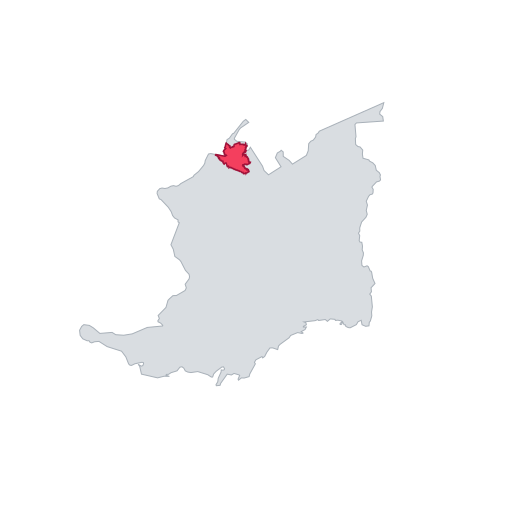 Puerto Colombia, Guainía, Colombia (highlighted), rotated 237°
{"feature_id": "7082276B8590395772901", "entity_name": "Puerto Colombia", "entity_type": "district", "adm_level": 2, "iso_a3": "COL", "parent_name": "Colombia", "parent_adm1": "Guainía", "projection": "natural_earth1", "projection_center": [-68.335, 2.492], "detail": "fine", "context": "in_parent", "style": "filled", "palette": "rose", "viewbox_px": 512, "rotation_deg": 237, "n_neighbors": 0, "source": "geoboundaries", "source_scale": "gbopen_adm2", "svg_char_len": 8906}
<svg xmlns="http://www.w3.org/2000/svg" viewBox="0 0 512 512"><g transform="rotate(237 256 256)"><path d="M288.6,78.4L284.4,80.4L276.1,82.9L270.3,93.7L266.4,95.5L261.6,101.9L258.1,109.8L255.3,125.9L248.2,139.5L248.7,140.1L251.6,139.5L254.2,138.0L255.2,138.5L256.2,140.9L259.4,141.5L261.9,152.5L266.8,158.1L267.3,160.3L268.0,164.8L266.2,167.6L265.7,177.7L267.2,180.2L270.9,181.2L273.3,187.5L274.8,189.0L277.1,189.9L282.4,189.0L292.1,190.0L294.4,189.8L299.8,187.7L306.7,190.3L311.8,190.8L325.7,209.8L327.1,209.2L328.8,210.3L332.3,208.4L335.3,208.1L339.3,209.0L344.5,209.0L355.0,207.1L356.6,206.0L362.3,207.1L364.0,208.5L364.9,212.0L364.2,214.2L362.2,216.4L361.1,219.2L360.9,222.7L359.9,225.2L358.0,226.9L357.3,229.3L357.7,232.4L356.7,246.7L357.5,247.9L358.1,253.8L360.5,261.4L361.7,263.6L363.7,265.4L367.4,271.7L366.6,273.8L357.1,283.7L356.6,285.9L358.4,285.0L361.4,285.9L362.4,288.3L369.4,295.1L369.3,297.8L371.3,302.9L371.0,304.1L375.9,318.7L376.1,321.8L372.0,322.7L371.8,312.9L371.2,310.8L366.6,302.1L365.7,301.4L362.6,302.4L357.5,308.9L355.1,309.8L353.2,308.9L351.3,305.1L350.0,304.4L348.8,307.6L350.3,310.5L327.8,310.4L323.3,309.3L317.3,310.7L317.2,325.6L327.9,325.8L330.8,330.0L330.6,333.5L331.0,334.7L328.5,335.5L324.7,333.1L318.1,335.9L313.2,336.6L312.9,353.0L315.8,357.1L321.5,361.4L322.4,364.4L322.0,367.2L323.3,370.8L325.2,372.6L325.2,374.8L326.2,377.1L315.0,446.7L311.0,442.4L309.6,438.6L307.6,437.0L303.9,438.2L299.8,436.3L312.9,412.7L312.4,410.6L301.5,404.8L300.4,403.3L295.2,400.3L292.3,401.1L290.7,402.7L286.7,403.2L283.5,400.7L279.7,399.0L275.1,403.0L273.7,402.9L270.5,404.7L267.0,405.3L262.4,403.6L258.8,404.8L256.2,404.5L255.2,403.3L252.0,401.9L251.6,400.3L252.5,397.4L251.1,391.6L250.6,390.7L248.1,390.6L245.2,388.5L244.6,387.3L245.3,384.9L244.7,382.9L241.9,378.3L238.0,377.2L234.2,373.3L230.4,372.0L228.6,369.3L227.0,363.1L223.1,358.3L220.3,356.6L219.4,354.4L216.6,354.1L212.7,350.9L211.0,350.8L209.9,352.2L206.3,350.7L203.3,348.4L200.1,347.8L198.1,346.3L194.4,341.9L190.4,339.7L188.0,340.5L187.3,343.8L185.9,344.4L181.3,343.6L180.5,344.3L179.3,344.1L173.7,341.7L168.1,340.8L166.7,335.2L163.1,333.3L162.1,330.6L159.6,330.9L150.0,325.9L146.1,322.4L142.7,320.5L139.2,316.5L138.7,314.9L135.9,312.7L137.3,309.7L140.6,307.5L144.8,309.2L145.3,305.8L143.8,302.8L144.5,295.9L145.7,294.4L148.0,293.0L149.5,293.5L150.4,292.4L153.9,292.9L154.9,292.4L157.6,289.7L158.7,287.5L159.9,287.7L162.8,284.0L162.3,280.3L165.0,279.5L167.8,273.4L169.0,273.2L169.6,270.3L174.6,260.3L172.8,261.5L170.9,260.8L171.2,257.4L170.6,257.0L169.0,259.6L167.6,257.0L168.0,252.7L165.8,253.5L165.9,252.5L169.1,249.2L170.5,241.8L169.4,239.2L168.8,228.1L168.3,225.9L165.7,223.2L169.8,220.0L171.3,217.6L169.4,212.7L167.0,208.5L166.9,206.1L168.4,206.3L169.0,199.4L167.7,196.8L165.9,196.7L160.5,186.6L158.6,184.5L160.1,179.6L161.7,177.4L161.4,173.7L162.5,173.9L164.8,177.3L165.8,176.8L169.5,173.6L169.6,170.6L172.6,167.5L168.5,157.1L167.1,155.4L168.8,152.1L169.8,152.3L171.4,155.5L174.0,157.7L177.7,163.5L179.4,164.8L178.2,166.1L177.9,167.4L178.5,168.2L180.7,168.4L181.5,166.8L181.0,159.7L180.1,156.2L178.1,153.7L178.8,152.6L182.7,150.9L190.8,144.2L193.7,137.9L195.8,135.6L198.2,134.1L201.2,134.4L203.4,133.6L204.2,131.6L202.7,127.2L204.4,121.2L204.4,118.2L205.5,116.4L205.1,115.6L202.2,117.8L205.2,113.5L207.4,107.1L219.3,95.6L226.9,98.4L229.4,98.2L226.2,99.7L225.7,101.3L226.8,103.0L228.0,103.5L229.0,102.4L231.6,95.7L232.0,92.1L233.1,90.8L234.8,90.4L242.3,91.9L249.4,91.4L261.1,81.8L269.9,77.8L272.0,73.9L272.6,70.9L274.2,69.8L275.9,69.8L276.9,68.2L280.9,65.6L285.2,65.3L289.8,67.6L291.9,71.5L292.2,74.2L288.6,78.4ZM154.0,291.7L153.5,292.2L152.4,291.3L152.1,290.1L152.7,289.3L153.5,289.6L154.0,291.7Z" fill="#d9dde1" stroke="#a8b0b8" stroke-width="1"/><path d="M330.5,295.5L330.5,295.9L330.7,296.0L330.8,296.2L331.0,296.1L331.4,296.2L331.5,296.2L331.6,296.3L331.9,296.2L332.1,296.3L332.1,296.5L332.8,296.6L333.0,296.4L333.0,296.0L333.3,296.1L333.5,296.1L333.4,295.9L333.9,295.9L334.0,295.5L333.9,295.3L334.2,295.4L334.3,295.1L334.6,295.2L334.6,294.9L334.7,295.1L334.8,295.1L334.9,294.9L335.1,294.9L335.3,294.5L335.7,294.6L335.8,294.8L336.0,294.7L336.1,294.8L336.4,294.8L336.5,294.6L336.4,294.4L336.5,294.4L336.6,294.6L336.8,294.6L337.2,294.5L337.5,294.6L337.7,295.0L338.0,294.6L337.9,294.4L338.1,294.3L338.5,294.1L338.8,294.8L339.3,294.6L339.5,294.4L339.7,294.7L339.6,294.9L339.4,295.0L339.2,295.6L339.3,296.4L338.9,296.9L338.8,297.1L338.4,297.8L338.1,298.0L337.9,297.9L337.8,298.1L337.5,298.0L337.4,298.1L337.4,299.4L337.2,299.9L337.2,300.5L337.0,301.1L337.4,302.0L337.7,302.4L337.8,302.3L337.8,302.1L338.1,302.0L338.1,301.8L338.2,301.7L338.3,301.4L338.4,301.5L338.7,301.3L338.8,301.4L338.9,301.5L339.0,301.5L339.8,301.3L340.1,301.6L340.1,302.0L340.4,302.1L340.5,302.2L341.0,302.2L341.2,302.3L341.6,302.1L341.8,302.5L342.1,302.3L342.7,302.6L342.9,302.5L343.2,302.6L343.3,302.5L343.6,302.6L343.8,302.5L344.0,302.2L344.1,302.4L344.6,302.2L344.6,302.4L345.3,302.1L345.3,302.3L345.5,302.3L345.6,302.2L345.6,301.9L345.7,302.0L345.8,301.8L345.9,302.0L346.0,302.0L346.1,302.3L346.1,302.1L346.3,302.3L346.3,302.2L346.5,302.2L346.4,302.3L346.6,302.2L346.8,302.1L346.9,302.3L347.4,301.9L347.5,301.5L347.3,301.3L347.6,301.2L347.5,300.8L347.8,300.3L347.7,299.9L347.8,300.0L348.2,299.9L348.7,300.2L349.0,300.6L349.2,301.3L349.4,301.6L349.2,302.1L349.1,302.8L348.8,303.2L348.9,303.9L349.2,304.4L349.6,304.8L349.6,304.5L349.8,304.4L349.9,304.0L349.9,303.2L350.0,303.2L350.2,304.5L350.4,304.6L350.5,304.9L350.9,304.7L351.1,304.7L351.3,305.0L351.2,305.1L351.7,305.7L351.8,306.1L352.0,306.4L352.4,306.6L352.6,306.5L352.6,306.8L352.8,306.9L352.8,307.1L352.9,307.3L353.0,307.3L352.9,307.6L353.1,307.8L353.1,308.0L353.2,308.4L353.5,308.3L353.4,308.2L353.5,307.9L353.9,307.6L354.4,308.0L354.6,307.9L355.7,308.5L355.8,308.5L355.4,308.2L355.5,308.0L355.4,307.3L355.6,307.2L355.4,306.8L355.4,306.5L355.6,306.4L355.9,306.6L356.1,306.5L356.2,306.3L356.4,306.3L356.4,305.8L356.9,305.5L357.1,305.5L357.3,305.0L357.5,304.8L357.5,304.7L357.6,304.4L357.8,304.3L357.8,304.2L358.0,304.1L358.1,303.9L358.3,303.8L358.3,303.3L358.7,303.4L358.9,303.3L359.0,303.4L359.1,303.5L359.2,303.8L359.4,303.9L359.4,303.7L359.5,303.9L359.9,304.1L360.4,303.7L360.4,303.0L360.5,302.7L360.4,302.3L360.6,302.1L360.6,301.8L360.8,301.0L360.9,300.8L361.0,300.4L360.9,300.3L360.9,299.9L361.0,299.7L361.4,298.9L361.4,298.6L361.1,298.1L360.8,297.9L360.7,297.7L360.3,297.6L360.2,297.4L359.8,297.1L359.9,296.9L359.9,296.7L360.0,296.7L360.1,296.4L360.2,296.5L360.3,296.3L360.1,296.3L360.1,296.2L360.3,296.1L360.3,295.4L360.2,295.2L360.3,295.1L360.5,294.7L360.7,294.4L360.4,293.5L360.8,293.3L360.8,293.5L360.9,293.4L361.0,293.5L361.2,293.3L361.3,293.4L361.5,293.3L361.6,293.5L362.0,293.8L362.2,293.7L362.7,294.1L363.0,293.9L363.1,293.4L363.6,293.2L364.4,293.5L365.0,293.1L365.8,292.9L366.0,292.7L366.5,292.5L366.9,292.6L367.0,292.3L366.8,292.1L366.0,291.6L365.8,291.0L365.4,290.7L364.7,289.9L364.4,289.9L364.0,288.8L363.6,288.8L363.3,288.7L362.9,288.8L362.6,289.1L362.3,288.5L362.5,287.5L362.0,287.1L362.0,286.3L361.4,285.5L361.0,285.5L360.8,285.8L360.6,285.9L359.1,285.4L359.1,285.0L359.0,284.9L358.1,285.2L357.6,285.0L357.3,285.2L357.0,285.9L356.5,286.0L356.5,284.3L363.4,277.2L363.2,277.3L362.8,277.1L362.8,277.3L362.6,277.3L362.5,277.5L362.3,277.6L362.3,277.4L362.2,277.4L362.1,277.7L361.8,277.9L361.6,277.7L361.4,277.7L360.8,278.0L360.6,278.2L360.3,278.3L360.2,278.1L359.7,278.2L359.5,278.4L359.3,278.4L359.0,278.6L359.0,278.4L358.9,278.4L358.7,278.1L358.3,278.2L358.4,277.9L358.2,277.9L357.7,278.5L357.4,278.5L357.3,278.2L357.2,278.2L356.9,277.9L356.7,278.0L356.2,278.0L355.8,278.3L355.4,278.8L355.0,278.8L354.8,278.7L354.7,278.9L354.3,278.9L353.6,279.9L353.1,279.8L352.7,279.3L352.0,279.2L351.8,279.2L351.7,279.3L351.5,279.2L350.6,279.2L350.4,279.3L350.7,279.7L350.6,280.0L350.7,280.4L350.7,280.7L350.4,281.2L350.4,281.5L349.6,281.5L347.3,280.8L346.7,280.4L346.8,280.5L346.4,280.7L346.4,281.1L345.9,281.4L345.9,281.6L345.7,281.5L345.8,281.6L345.5,281.6L345.4,281.7L345.1,281.8L344.9,281.8L344.8,281.7L344.8,281.9L344.7,282.0L344.6,281.9L344.7,282.1L344.5,282.3L344.4,282.3L344.2,282.4L344.3,282.8L344.1,283.0L343.8,283.0L343.5,283.5L343.3,283.4L342.8,283.8L342.3,283.8L342.2,284.2L341.8,284.6L341.4,284.6L341.2,284.8L340.6,284.8L340.5,285.2L340.4,285.2L340.4,285.4L340.1,285.5L339.9,285.8L339.7,285.8L339.4,285.8L339.3,286.0L338.9,286.1L338.7,286.3L338.6,286.8L338.2,286.9L338.1,287.1L337.7,287.3L337.6,287.2L337.4,287.4L337.4,287.6L337.1,287.9L336.8,287.8L336.5,288.1L336.2,288.2L336.2,288.4L335.8,288.4L335.6,288.7L335.3,289.0L335.1,289.3L334.2,289.6L333.9,289.6L333.7,289.6L333.2,290.5L333.0,290.3L332.8,290.4L331.9,290.3L331.5,290.7L331.5,291.2L331.3,291.6L331.4,292.0L331.4,292.3L331.1,292.4L330.9,292.8L330.7,292.7L330.9,293.1L330.8,293.3L330.7,293.8L330.6,294.0L330.7,294.3L330.6,294.5L330.8,294.9L330.5,295.5Z" fill="#f43f5e" stroke="#9f1239" stroke-width="1.5"/></g></svg>